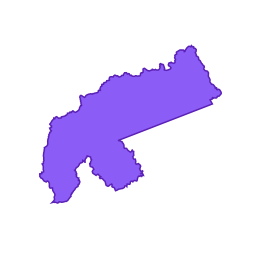 the district of Parauapebas, Pará, Brazil, rotated 339°
{"feature_id": "56859067B78091380909488", "entity_name": "Parauapebas", "entity_type": "district", "adm_level": 2, "iso_a3": "BRA", "parent_name": "Brazil", "parent_adm1": "Pará", "projection": "natural_earth1", "projection_center": [-50.55, -6.199], "detail": "fine", "context": "isolated", "style": "filled", "palette": "violet", "viewbox_px": 256, "rotation_deg": 339, "n_neighbors": 0, "source": "geoboundaries", "source_scale": "gbopen_adm2", "svg_char_len": 5725}
<svg xmlns="http://www.w3.org/2000/svg" viewBox="0 0 256 256"><g transform="rotate(339 128 128)"><path d="M125.4,177.8L125.4,176.5L125.2,175.6L124.3,175.4L123.9,174.9L124.9,174.8L126.3,173.7L126.2,173.2L125.6,173.3L124.4,172.8L124.2,170.2L125.1,169.7L125.6,168.5L126.1,168.3L126.2,167.2L125.5,166.2L125.1,165.0L122.8,164.8L122.5,164.2L122.6,163.2L123.3,162.0L123.7,159.7L122.3,159.2L122.0,158.2L122.3,156.4L123.6,155.6L124.2,153.4L124.9,152.0L124.4,151.7L124.0,150.1L123.5,150.4L123.4,151.0L121.6,151.4L119.9,148.8L119.4,146.6L118.9,146.2L117.3,145.7L117.5,143.9L117.8,143.5L118.1,142.2L117.9,140.4L117.6,140.0L117.6,138.8L115.5,136.8L114.2,136.1L215.4,135.8L214.7,131.1L217.1,131.1L217.5,130.2L218.0,130.0L218.5,130.8L218.9,130.6L221.0,131.6L222.0,131.4L222.6,130.6L223.1,130.5L224.5,130.9L227.3,129.4L227.7,128.3L227.7,127.3L227.2,125.1L226.5,124.3L225.0,124.3L224.6,123.8L225.2,122.7L224.9,122.1L223.8,122.1L224.0,120.8L223.3,118.5L222.7,117.6L221.7,117.1L221.1,114.9L221.1,114.0L221.3,113.3L221.8,112.7L221.9,111.4L221.5,108.6L222.9,105.3L222.7,104.1L222.3,103.7L222.3,103.2L220.6,102.2L219.8,100.1L220.6,98.8L221.0,98.7L221.3,97.5L220.6,96.4L220.2,94.6L219.8,94.0L219.5,91.0L218.5,89.5L219.0,87.9L219.0,87.0L218.5,86.0L218.1,85.9L217.6,85.1L218.0,83.7L217.9,81.5L218.3,81.5L219.0,80.9L219.8,79.3L219.4,78.0L218.8,77.4L218.1,77.2L218.4,75.7L218.0,75.4L217.3,75.3L216.7,73.8L216.3,74.2L216.3,74.7L215.8,74.8L215.0,73.9L213.8,73.5L211.9,74.2L209.4,75.9L208.6,76.9L207.9,76.9L208.0,76.0L207.8,75.2L207.2,74.8L206.5,74.8L205.9,74.3L204.3,73.8L200.5,74.5L200.1,75.1L200.0,76.4L198.1,76.7L197.7,77.1L197.5,78.2L196.7,79.1L196.9,81.2L195.8,81.9L195.7,83.1L195.3,83.7L194.0,84.0L192.3,82.9L191.8,82.0L190.9,82.4L189.8,81.9L189.2,82.3L188.3,83.4L188.2,84.5L189.1,85.4L189.7,87.1L189.0,88.0L188.4,88.1L185.0,88.1L183.4,87.4L182.7,86.7L183.5,85.8L183.7,81.8L183.3,81.0L182.2,80.8L181.7,79.6L181.1,79.5L180.2,80.3L180.3,81.3L179.6,82.0L179.8,82.5L179.5,83.0L178.4,84.3L177.0,84.7L175.1,83.9L174.6,83.1L173.4,83.3L172.4,82.6L172.1,82.0L171.6,81.9L171.1,82.5L170.5,82.3L168.4,82.4L166.8,81.3L164.8,78.2L164.1,78.1L163.2,78.3L162.2,81.1L161.1,81.6L160.2,81.1L159.1,81.8L158.5,83.2L157.8,83.6L155.0,82.8L154.3,82.1L153.6,81.9L152.7,82.1L150.7,81.3L150.0,79.9L149.5,80.0L148.7,79.1L148.5,77.7L148.0,77.4L147.0,77.5L146.6,77.1L146.5,76.0L146.2,75.7L144.6,75.2L142.7,76.6L142.4,77.2L140.9,76.7L139.9,77.3L138.3,77.3L137.8,77.0L137.0,75.5L136.4,75.5L134.7,73.9L133.4,74.2L132.5,75.0L130.7,74.1L129.5,73.9L128.9,74.2L128.0,75.4L128.0,76.6L127.6,76.8L125.1,76.2L124.2,77.3L122.5,77.4L122.1,77.0L121.7,77.1L121.0,77.8L120.8,78.4L119.3,77.9L118.9,78.3L118.7,79.4L117.3,79.7L115.8,81.5L115.9,82.7L115.6,83.0L114.2,82.3L113.7,82.5L113.0,83.8L112.1,84.0L109.0,83.5L108.4,83.7L107.5,83.3L106.6,83.5L105.6,82.7L102.9,82.3L100.7,82.5L98.6,83.9L97.8,83.2L96.3,81.2L95.8,80.7L95.3,80.7L94.7,81.0L94.0,82.0L94.0,83.4L93.6,84.5L93.8,85.1L93.2,86.4L93.3,87.6L92.8,88.5L92.8,90.2L92.5,90.5L91.7,90.2L89.9,91.9L89.3,93.1L87.5,94.0L84.7,94.6L83.4,93.6L83.1,92.6L82.3,92.2L81.9,92.6L80.9,92.7L80.7,93.2L80.3,93.2L79.6,92.3L78.5,93.0L76.8,92.5L76.4,93.3L75.1,94.0L74.2,93.8L73.4,94.3L69.8,93.7L69.3,94.6L68.7,94.6L67.9,94.2L67.1,94.3L66.7,94.0L65.5,91.9L64.5,91.9L63.9,92.0L62.9,93.1L62.3,92.2L61.9,92.9L59.8,93.9L57.3,95.9L56.5,96.2L56.3,96.7L57.3,98.6L56.8,99.0L57.0,99.7L56.4,100.0L54.8,100.0L54.9,102.2L55.5,103.0L54.5,103.9L53.6,103.9L53.1,104.4L52.9,105.0L51.8,105.7L51.4,106.9L50.7,107.4L50.3,108.8L49.5,109.4L48.3,111.5L47.5,113.9L46.7,115.1L45.6,115.8L42.8,116.4L42.6,117.5L41.7,118.7L41.8,119.2L40.7,120.5L39.0,123.7L38.8,125.3L38.0,127.1L38.0,128.1L36.9,129.2L36.3,130.7L35.9,131.0L35.0,130.8L35.0,131.6L35.3,132.0L35.1,133.6L33.9,136.6L33.9,137.6L33.5,138.6L32.5,138.7L31.6,138.3L31.2,139.7L29.3,139.1L29.0,139.5L28.8,140.6L28.3,141.4L28.8,143.6L29.9,144.6L30.5,147.2L30.9,147.7L32.3,149.1L33.4,148.6L33.9,148.7L34.7,149.9L34.6,151.9L33.6,154.3L33.5,155.8L34.2,156.4L35.8,156.7L36.1,157.1L35.6,158.0L35.4,159.7L36.0,162.9L35.8,164.5L34.3,166.0L33.9,168.2L33.6,168.6L32.5,169.4L30.4,170.4L31.9,170.5L32.7,171.1L33.3,171.0L35.3,172.8L36.6,172.8L37.3,172.2L39.6,173.6L41.0,173.9L43.4,174.1L44.0,174.4L45.7,174.1L48.9,172.0L50.3,171.4L50.3,170.9L50.8,169.9L51.5,169.7L51.9,168.7L52.6,168.8L53.2,168.1L54.1,167.8L54.4,167.3L56.4,166.4L57.2,165.4L58.7,164.9L60.1,164.7L60.7,164.3L60.8,163.4L61.4,162.9L61.9,163.1L62.3,162.8L63.5,161.4L63.9,160.5L63.7,159.7L63.1,159.3L63.7,158.9L63.3,158.5L63.5,157.8L64.1,157.1L63.4,156.7L62.4,155.1L62.6,154.3L63.0,154.0L62.9,152.7L63.7,152.5L63.6,150.7L63.8,150.1L63.5,149.1L63.1,148.9L63.1,148.3L63.7,148.4L64.1,147.7L65.6,146.4L66.1,146.5L67.8,146.0L68.8,145.0L69.4,144.9L69.8,144.1L71.6,143.5L72.2,143.9L73.1,143.7L74.2,142.1L75.2,144.2L75.7,144.5L76.0,143.6L75.8,142.8L76.6,142.5L76.8,141.9L77.9,141.1L78.6,140.9L78.8,140.4L79.6,140.2L79.9,139.5L82.6,141.6L82.4,142.2L82.6,142.9L82.2,143.9L82.6,144.7L81.1,146.0L80.1,147.8L79.5,147.5L79.3,148.0L79.3,148.7L79.0,149.7L79.0,150.4L80.9,152.0L81.3,153.9L81.2,154.5L80.1,154.8L79.0,155.9L79.0,157.7L81.2,160.8L81.7,160.5L82.7,160.6L83.3,160.3L83.7,160.7L84.1,162.3L85.1,163.6L83.7,164.0L83.8,165.2L85.6,165.7L86.0,166.2L86.9,168.7L87.3,169.1L87.4,170.2L87.0,173.5L87.8,174.7L88.3,175.1L89.1,175.3L90.7,174.7L92.7,174.5L92.8,175.5L92.0,176.8L92.2,177.5L93.6,178.5L93.9,179.7L93.8,181.1L93.9,182.1L96.2,182.1L96.9,181.7L101.3,182.5L103.3,182.2L104.2,181.0L105.5,181.3L105.9,182.3L107.1,180.0L109.4,181.2L110.0,180.8L111.1,179.0L111.6,178.8L112.6,179.0L113.2,180.0L114.0,179.4L115.5,179.4L116.9,180.5L117.5,180.5L119.4,177.7L120.3,176.9L121.0,176.8L121.8,177.5L122.9,176.8L123.5,178.1L124.6,177.3L125.4,177.8Z" fill="#8b5cf6" stroke="#5b21b6" stroke-width="1.5"/></g></svg>